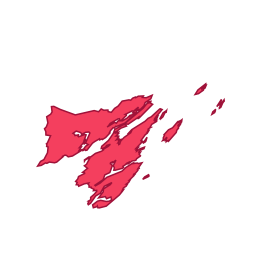 the district of Bodø nor, Nordland, Norway, rotated 150°
{"feature_id": "86288312B60983517204025", "entity_name": "Bodø nor", "entity_type": "district", "adm_level": 2, "iso_a3": "NOR", "parent_name": "Norway", "parent_adm1": "Nordland", "projection": "robinson", "projection_center": [14.703, 67.257], "detail": "fine", "context": "isolated", "style": "filled", "palette": "rose", "viewbox_px": 256, "rotation_deg": 150, "n_neighbors": 0, "source": "geoboundaries", "source_scale": "gbopen_adm2", "svg_char_len": 5933}
<svg xmlns="http://www.w3.org/2000/svg" viewBox="0 0 256 256"><g transform="rotate(150 128 128)"><path d="M181.4,183.8L183.6,184.8L185.7,179.9L188.1,178.6L192.8,178.4L194.8,172.5L198.2,169.8L200.7,169.1L201.0,165.9L202.6,163.0L198.9,160.0L205.4,155.3L206.6,155.1L206.6,154.0L207.7,152.7L206.7,151.5L210.1,146.8L216.6,142.7L220.4,142.8L225.3,140.2L221.8,139.0L216.9,139.0L215.9,138.0L213.1,137.8L209.0,134.6L206.8,134.1L198.7,135.6L198.8,136.2L196.1,136.0L195.0,135.0L194.2,132.9L190.1,131.5L179.8,131.8L178.9,132.3L181.6,133.0L178.0,134.9L179.7,135.4L170.9,138.7L170.7,139.2L172.1,139.3L167.7,143.0L168.7,144.0L175.2,145.1L175.4,145.8L174.4,146.9L177.7,148.0L177.4,149.2L178.3,150.9L174.4,151.2L171.4,147.9L171.1,146.6L171.5,145.6L166.9,145.5L163.9,144.1L163.5,142.7L171.9,136.5L173.3,136.8L174.6,136.0L171.8,136.4L172.0,135.7L170.7,133.5L173.8,133.4L179.1,131.0L176.1,130.9L176.0,129.8L174.6,129.3L166.4,132.6L163.5,132.9L158.1,132.9L158.5,131.9L156.0,131.5L155.9,130.8L152.2,130.9L146.2,132.7L146.5,133.2L144.4,134.5L140.7,135.7L139.8,134.9L137.1,135.8L138.0,135.2L128.3,133.8L115.3,136.4L117.4,137.6L120.6,137.1L120.2,137.9L123.9,137.0L129.3,137.0L132.8,139.1L135.7,138.0L136.8,139.5L145.6,139.3L140.3,140.2L142.4,140.3L141.2,140.9L132.2,140.9L130.9,140.4L131.3,139.9L130.7,138.1L129.7,138.0L123.2,139.7L122.7,140.4L123.5,141.2L115.9,140.7L114.8,139.8L108.5,140.9L111.9,138.4L109.6,138.3L110.1,137.8L109.5,137.4L108.2,137.8L108.7,138.3L107.6,138.0L103.0,139.3L100.4,141.5L93.6,141.9L90.7,144.3L97.1,145.1L100.3,147.3L98.7,148.1L103.2,150.4L106.1,150.4L106.1,151.1L109.0,151.5L111.8,150.7L113.1,151.9L119.6,154.2L125.7,151.9L129.8,151.7L134.6,149.9L137.0,152.1L136.4,153.6L140.1,155.5L141.7,157.9L145.3,156.8L148.6,160.0L167.1,165.7L177.5,178.1L181.4,183.8ZM200.7,81.4L197.9,81.6L190.0,85.3L184.7,85.3L177.7,89.4L169.2,88.8L171.8,87.8L179.6,87.5L181.4,85.1L188.4,82.2L181.9,79.9L181.9,77.5L177.3,76.8L178.1,74.0L180.8,74.0L183.6,75.3L187.8,79.0L191.0,79.9L197.1,79.1L197.9,76.3L194.3,75.4L193.6,75.8L194.0,74.0L192.6,73.1L185.9,71.2L169.0,74.3L165.0,75.8L163.2,76.6L164.3,76.7L161.9,78.4L158.8,78.5L156.7,79.6L157.6,80.3L154.5,80.6L151.9,82.1L152.5,82.3L146.2,83.9L147.0,83.9L146.0,84.2L146.8,84.5L146.2,85.1L144.3,85.1L140.6,86.4L140.2,87.3L137.8,87.5L139.6,87.9L133.3,90.9L136.6,91.9L137.4,93.0L141.5,94.7L140.9,95.1L141.4,95.2L149.5,94.9L154.8,93.6L171.0,95.9L179.6,94.2L185.1,94.2L185.3,95.0L175.3,95.7L171.5,99.0L166.0,98.5L161.0,102.7L160.3,104.2L161.2,105.9L160.5,106.6L158.5,106.4L158.9,105.6L158.3,105.5L157.4,105.8L154.5,106.2L159.6,102.7L159.7,100.3L161.4,98.6L160.1,97.8L153.1,95.9L151.5,96.2L151.6,97.4L146.3,97.6L147.5,97.9L146.8,98.1L142.9,97.8L146.3,97.2L145.5,96.8L140.9,97.4L137.4,96.1L135.9,97.1L131.5,97.5L131.1,97.7L131.5,99.7L129.7,100.6L130.9,100.7L130.8,101.7L127.9,102.5L124.5,102.1L123.3,103.2L128.1,104.0L132.0,103.6L130.9,104.7L132.9,104.7L129.0,105.9L131.0,106.4L122.3,109.0L122.9,109.3L121.7,109.9L122.9,109.9L123.1,110.6L116.3,113.6L114.0,113.8L112.0,114.9L112.8,115.1L111.3,115.7L111.9,115.9L110.9,117.1L108.0,117.1L108.6,117.5L105.6,119.3L99.9,119.4L99.0,120.6L100.3,120.7L96.4,123.1L98.9,122.4L99.9,121.4L101.3,121.7L100.4,122.7L97.2,124.1L97.2,123.9L96.4,123.5L96.7,123.4L96.4,123.4L96.2,123.6L97.1,124.0L89.2,126.9L90.0,127.8L89.4,128.1L91.2,128.0L90.1,128.6L91.2,128.6L102.3,126.1L105.7,126.3L109.8,125.3L125.6,124.7L131.6,122.8L127.1,123.2L128.1,122.5L136.0,121.8L140.8,120.4L143.3,118.2L144.3,118.3L143.2,120.3L143.6,120.1L144.0,120.2L140.7,121.8L142.3,122.1L141.4,123.1L143.9,123.6L140.9,124.8L141.4,125.1L140.3,125.8L142.5,127.0L139.2,127.9L139.6,128.2L138.2,129.0L142.0,130.0L140.9,130.2L141.1,130.9L143.6,130.6L151.1,127.0L159.9,125.3L161.5,123.6L160.0,122.9L155.9,122.7L156.3,123.1L155.3,123.6L151.4,122.7L154.3,122.0L160.5,121.9L160.4,121.3L162.4,121.1L168.9,122.3L174.7,121.6L176.4,122.5L181.7,122.1L182.2,121.1L180.9,121.8L177.3,121.5L176.5,120.8L182.1,117.3L184.7,117.1L183.2,113.3L189.4,112.3L188.0,111.2L188.3,110.3L195.1,110.7L197.0,109.0L200.1,107.9L199.2,106.3L201.2,104.8L199.5,103.6L199.8,102.2L193.8,101.5L189.5,100.0L190.7,99.5L190.4,97.7L191.3,96.3L189.5,95.1L189.9,94.5L188.1,91.9L189.3,91.0L186.3,89.7L186.7,88.8L190.4,87.5L195.0,86.6L196.2,84.5L198.9,84.5L198.5,84.1L200.7,82.5L200.7,81.4ZM99.4,96.3L88.5,100.0L86.8,101.7L83.9,102.7L84.6,102.8L83.5,103.6L83.6,104.9L82.6,104.8L82.8,104.0L82.1,104.3L80.6,105.1L81.8,105.8L78.6,106.4L77.2,108.2L80.7,107.6L81.4,107.7L80.7,108.2L81.5,108.2L80.8,108.7L82.1,108.5L89.3,105.9L93.8,106.2L100.2,104.2L100.1,103.5L102.6,101.7L102.7,100.6L104.3,99.8L102.4,99.4L99.5,100.5L99.3,100.0L101.9,98.2L101.0,97.7L101.3,97.3L100.3,97.4L101.0,97.0L99.3,97.0L99.4,96.3ZM126.0,131.2L111.6,132.3L115.2,131.1L113.4,131.1L94.8,136.2L96.2,138.4L95.2,139.3L97.1,139.4L95.9,140.0L97.4,140.4L105.1,137.5L128.9,133.4L126.0,131.2ZM49.7,122.5L43.8,123.1L43.1,124.4L41.8,124.4L42.1,124.0L41.3,124.1L39.6,125.4L43.2,125.0L42.7,125.6L43.7,125.4L43.8,125.5L42.8,125.8L43.9,125.5L44.4,125.2L44.3,125.5L43.7,125.7L44.3,126.0L39.0,126.1L38.5,127.4L48.4,126.0L53.1,123.5L49.7,122.5ZM134.1,131.4L128.3,130.4L128.5,132.1L130.2,133.1L140.1,133.4L142.7,131.3L138.6,130.5L138.2,130.5L139.6,130.7L134.1,131.4ZM94.6,120.1L94.9,119.6L92.2,120.2L88.3,122.8L87.1,122.5L86.0,123.8L87.6,123.2L86.7,123.8L90.1,123.6L95.4,120.3L94.6,120.1ZM115.4,136.9L112.9,137.0L111.8,139.3L114.0,139.7L116.1,138.9L115.0,138.1L116.2,137.6L115.4,136.9ZM40.4,102.2L35.9,103.1L34.3,104.4L35.2,104.4L33.5,104.9L34.0,104.9L32.7,106.1L40.4,102.2ZM39.0,99.4L37.3,99.5L35.4,100.9L36.4,100.9L34.3,101.9L35.4,102.0L31.2,103.2L30.7,104.4L37.0,101.5L37.7,100.4L36.3,100.6L38.5,100.1L38.4,100.4L39.0,99.4ZM134.9,75.7L133.1,76.1L138.8,76.2L132.9,77.3L138.1,77.3L140.9,76.2L134.9,75.7ZM121.0,107.1L119.1,107.7L116.1,110.5L122.8,107.2L120.4,107.4L121.0,107.1ZM48.5,97.9L45.3,98.0L43.3,99.5L44.1,99.2L45.1,99.1L42.5,100.4L46.5,99.6L48.5,97.9Z" fill="#f43f5e" stroke="#9f1239" stroke-width="1.5"/></g></svg>